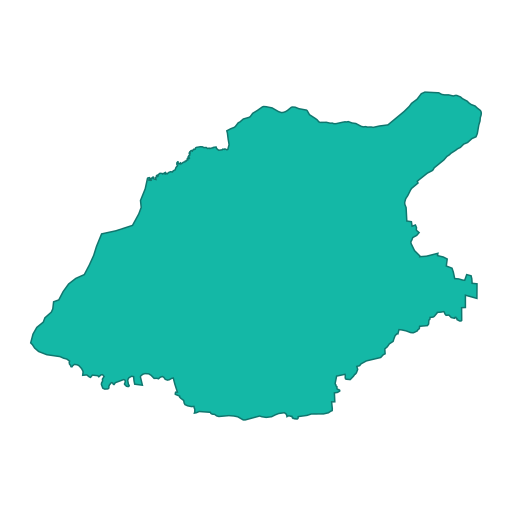 the district of Ineu, Bihor, Romania
{"feature_id": "2599482B62282077307235", "entity_name": "Ineu", "entity_type": "district", "adm_level": 2, "iso_a3": "ROU", "parent_name": "Romania", "parent_adm1": "Bihor", "projection": "mercator", "projection_center": [22.104, 47.099], "detail": "fine", "context": "isolated", "style": "filled", "palette": "teal", "viewbox_px": 512, "rotation_deg": 0, "n_neighbors": 0, "source": "geoboundaries", "source_scale": "gbopen_adm2", "svg_char_len": 6076}
<svg xmlns="http://www.w3.org/2000/svg" viewBox="0 0 512 512"><path d="M194.4,413.1L196.4,412.7L199.2,411.5L210.3,412.3L210.9,413.4L212.2,414.1L214.7,414.4L216.7,415.9L218.9,416.5L228.9,415.6L233.9,416.0L237.8,416.8L243.2,419.9L245.3,419.9L259.7,416.0L261.7,416.7L266.2,417.4L271.6,416.7L275.4,414.8L278.7,413.5L284.4,412.7L286.4,414.3L287.0,416.6L287.7,416.0L289.9,415.9L290.3,416.2L291.9,416.3L292.3,417.7L292.9,418.3L293.3,418.1L293.7,418.5L294.4,418.8L295.6,418.7L295.9,419.0L297.5,418.9L298.1,418.1L298.2,416.6L307.0,415.4L311.3,414.0L323.6,413.9L328.4,412.8L330.6,411.3L332.2,410.6L332.3,408.7L331.6,401.9L334.8,401.8L334.4,392.9L337.5,392.4L339.7,391.1L339.7,390.3L338.8,389.6L337.6,389.3L337.0,388.8L336.9,386.6L336.1,386.0L335.9,385.6L335.8,384.7L335.1,383.7L336.6,376.1L345.0,374.3L345.3,375.5L345.2,377.6L345.5,378.8L346.1,379.2L350.2,379.6L353.5,376.2L354.7,374.4L355.4,374.1L356.4,372.8L357.7,369.4L356.8,366.4L359.6,365.7L361.1,363.8L366.4,360.9L380.7,357.5L383.4,354.6L385.1,353.8L384.8,348.9L387.2,346.9L389.4,343.8L393.1,341.4L393.9,338.8L395.1,335.7L396.9,333.8L397.9,333.9L399.0,329.6L401.7,329.9L406.2,330.9L410.7,332.6L413.2,332.8L414.7,332.2L417.4,330.8L417.8,329.8L419.3,328.7L419.6,326.3L427.4,325.6L428.6,324.0L428.9,320.1L429.8,319.4L430.1,317.4L433.0,317.1L434.2,316.4L437.1,313.0L437.3,312.4L441.1,312.1L443.6,311.6L444.1,311.9L445.1,314.2L446.1,315.3L448.9,315.1L451.2,317.5L454.5,318.3L454.7,318.1L454.8,317.5L455.8,317.3L456.1,318.0L457.0,318.6L457.0,319.6L459.7,321.0L461.0,321.0L461.7,320.4L461.6,307.7L465.4,307.5L465.4,295.2L476.9,298.4L477.0,283.8L472.1,283.3L471.8,278.8L471.1,275.8L466.7,274.6L464.7,280.3L462.8,280.1L458.6,278.9L454.7,278.6L453.3,272.0L452.0,268.2L446.3,266.0L447.2,259.0L443.3,257.0L437.5,255.6L437.9,253.3L426.5,256.2L419.8,256.7L420.0,256.1L414.5,250.6L411.1,243.6L410.8,241.9L411.9,239.9L412.7,237.6L416.8,235.3L419.1,232.6L416.7,230.5L416.3,229.8L416.5,227.6L415.4,225.0L412.1,226.2L411.4,221.7L406.8,221.0L406.1,207.6L404.8,204.3L404.7,202.3L405.7,198.7L407.8,195.5L410.6,189.9L411.6,188.4L418.0,183.0L417.2,181.3L418.0,180.6L427.4,173.1L432.1,170.7L433.1,169.8L434.2,167.8L443.9,159.9L446.9,156.4L449.4,154.8L450.9,153.3L455.9,150.1L457.5,148.8L460.4,147.4L463.7,144.1L467.6,142.5L471.9,138.6L476.0,136.8L477.3,133.6L478.8,125.0L480.0,121.0L480.3,117.6L481.1,115.0L481.3,113.1L481.0,111.6L480.4,110.5L477.2,108.0L475.1,106.0L470.9,104.4L468.5,102.6L467.4,101.3L462.4,98.6L460.6,97.0L456.7,95.4L455.4,95.4L453.3,96.0L448.7,94.9L444.6,94.9L441.7,94.4L438.8,92.8L424.9,92.1L421.3,93.7L417.1,99.2L411.5,103.4L409.3,106.4L404.1,111.5L387.9,124.9L379.4,126.0L373.2,127.4L371.2,127.0L367.4,127.1L365.6,126.6L363.6,126.9L361.3,126.4L355.8,123.5L352.1,123.0L348.3,121.6L346.3,122.0L345.1,121.8L342.8,122.2L335.9,123.7L333.9,123.7L332.3,123.1L330.2,123.2L326.4,122.3L320.0,122.4L318.8,121.8L317.0,119.7L315.5,118.6L309.5,114.7L307.2,110.7L306.5,110.1L298.9,108.7L295.2,107.2L292.4,107.0L291.3,107.3L287.4,110.5L285.4,111.7L283.3,112.4L281.4,112.6L278.5,111.6L272.1,107.9L266.1,106.7L263.7,106.5L262.4,106.9L257.3,110.5L252.7,113.3L250.3,116.6L249.2,117.3L243.3,119.0L239.7,122.1L238.3,122.7L235.5,126.3L234.4,127.3L230.6,128.8L226.8,130.8L227.4,133.0L228.2,139.4L229.1,144.6L227.8,149.4L226.9,149.8L224.9,148.9L224.4,149.4L222.8,149.1L222.2,149.8L218.7,150.3L216.6,148.5L216.1,147.0L213.3,147.4L213.2,147.7L209.7,148.5L209.2,148.1L207.6,148.5L206.2,147.5L203.8,147.6L202.7,146.9L200.6,146.7L196.4,147.4L195.7,147.8L195.0,148.9L195.1,149.2L193.9,149.6L193.6,149.4L193.4,149.8L192.5,150.3L192.3,151.0L191.5,150.5L190.9,150.7L190.5,151.4L189.8,151.8L189.7,152.6L190.1,152.8L190.1,153.2L189.2,153.2L189.3,153.9L189.9,154.9L188.7,155.8L188.8,156.4L188.5,156.4L188.2,156.8L189.4,158.1L188.9,158.6L187.7,158.1L187.3,158.5L187.7,159.9L186.8,160.1L186.3,160.4L186.3,161.0L185.1,161.2L184.9,161.9L183.4,162.2L182.0,163.3L181.2,163.4L180.9,163.9L180.4,162.9L179.0,164.0L178.0,163.0L178.2,162.0L177.7,161.8L176.9,162.8L176.8,164.2L177.5,165.6L177.3,166.0L176.0,167.4L175.1,169.9L173.3,170.8L172.3,172.0L170.7,171.7L169.0,172.3L167.7,173.3L167.3,173.8L166.2,173.7L165.2,174.1L164.8,173.8L165.8,172.9L165.4,172.4L162.7,174.0L162.2,173.5L160.0,173.3L157.9,174.9L158.1,175.7L156.8,175.4L156.5,175.7L157.0,176.6L156.3,176.7L155.7,177.6L155.9,179.5L154.4,179.1L153.5,178.4L153.1,178.5L152.9,178.1L153.8,177.6L153.6,177.2L153.1,177.0L151.2,178.5L150.6,179.5L151.2,180.0L151.2,180.3L150.9,180.4L148.9,180.1L149.0,179.7L149.9,179.1L150.0,178.3L149.7,177.9L149.4,177.6L147.8,178.0L147.5,178.3L145.2,188.9L140.5,200.5L141.2,207.5L138.8,213.9L132.5,225.4L115.9,230.8L101.6,233.9L96.5,246.4L93.7,255.4L89.3,265.1L84.3,274.6L75.8,278.4L68.6,284.0L63.2,291.5L58.8,299.9L53.6,301.8L52.8,308.9L51.3,312.2L44.9,317.8L43.3,322.1L36.8,327.4L33.0,334.1L30.7,342.9L32.4,344.6L34.6,348.0L38.6,351.5L46.8,354.7L60.0,356.6L63.6,358.2L66.7,359.0L69.6,361.1L69.2,362.3L69.5,364.1L70.5,365.3L71.0,366.7L71.4,366.8L72.0,366.8L72.7,365.7L74.4,364.4L77.3,364.8L79.1,365.8L81.6,368.6L82.6,370.5L83.1,371.8L82.7,375.3L86.7,374.9L89.3,376.9L90.5,377.4L92.4,375.1L97.8,375.7L98.8,376.8L101.0,374.9L102.1,374.6L102.8,374.9L104.1,376.5L102.4,379.1L102.6,381.0L101.5,383.1L101.4,384.5L102.8,388.2L104.7,389.1L107.8,388.9L108.7,388.3L108.9,387.4L108.8,386.6L109.4,385.0L111.3,382.7L112.0,382.7L112.9,383.3L113.4,384.4L114.1,384.5L115.3,382.7L123.5,379.6L124.7,379.9L125.2,380.7L125.2,382.2L124.5,383.8L124.5,384.2L124.9,384.8L125.6,385.2L126.3,386.2L128.2,386.6L128.9,386.3L129.2,385.5L128.4,384.2L127.7,380.4L128.0,379.3L128.8,377.8L131.5,376.3L133.6,376.6L134.0,380.7L134.7,384.2L142.4,385.2L140.4,376.9L140.7,375.9L142.9,374.2L144.9,373.6L148.7,373.8L151.1,375.3L154.1,378.4L156.9,378.3L158.5,378.8L160.1,377.3L162.3,376.5L163.9,377.4L165.2,379.3L167.5,380.1L169.3,379.7L171.8,378.3L173.3,378.1L174.8,384.0L177.4,392.1L175.6,392.2L175.3,393.3L175.3,394.3L179.7,396.2L179.6,397.0L180.8,398.3L183.7,400.5L184.2,403.1L185.0,404.6L187.6,405.8L191.5,406.6L193.9,406.4L194.2,407.9L194.8,409.2L194.8,411.6L194.4,413.1Z" fill="#14b8a6" stroke="#0f766e" stroke-width="1.5"/></svg>